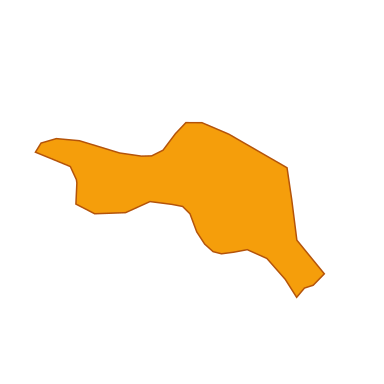 Hauts-Plateaux, Ouest, Cameroon, rotated 120°
{"feature_id": "32672807B20400591725657", "entity_name": "Hauts-Plateaux", "entity_type": "district", "adm_level": 2, "iso_a3": "CMR", "parent_name": "Cameroon", "parent_adm1": "Ouest", "projection": "robinson", "projection_center": [10.369, 5.306], "detail": "fine", "context": "isolated", "style": "filled", "palette": "amber", "viewbox_px": 384, "rotation_deg": 120, "n_neighbors": 0, "source": "geoboundaries", "source_scale": "gbopen_adm2", "svg_char_len": 656}
<svg xmlns="http://www.w3.org/2000/svg" viewBox="0 0 384 384"><g transform="rotate(120 192 192)"><path d="M235.8,347.5L234.1,334.9L230.8,310.1L239.1,298.3L241.8,296.2L260.5,286.5L259.5,265.4L243.1,239.2L221.3,223.6L212.8,203.3L209.2,192.9L211.9,182.8L224.2,167.9L230.8,154.9L233.1,143.9L230.8,135.6L223.3,125.8L214.3,115.3L212.1,93.9L221.0,67.6L230.9,48.7L219.0,46.6L212.1,40.4L196.7,36.5L181.3,77.1L148.5,102.0L137.8,110.5L123.5,121.8L123.5,188.9L127.0,218.0L135.0,232.0L149.6,235.5L170.3,238.0L180.9,245.0L186.2,253.7L188.6,259.7L194.4,274.2L203.9,315.2L213.6,336.2L225.1,347.2L235.8,347.5Z" fill="#f59e0b" stroke="#b45309" stroke-width="1.5"/></g></svg>